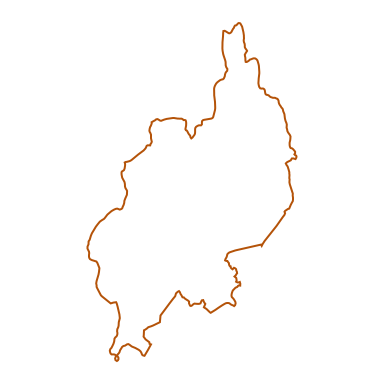 Rabai, Coast, Kenya (Equal Earth projection)
{"feature_id": "3690345B74333595130890", "entity_name": "Rabai", "entity_type": "district", "adm_level": 2, "iso_a3": "KEN", "parent_name": "Kenya", "parent_adm1": "Coast", "projection": "equal_earth", "projection_center": [39.614, -3.885], "detail": "fine", "context": "isolated", "style": "outline", "palette": "amber", "viewbox_px": 384, "rotation_deg": 0, "n_neighbors": 0, "source": "geoboundaries", "source_scale": "gbopen_adm2", "svg_char_len": 5992}
<svg xmlns="http://www.w3.org/2000/svg" viewBox="0 0 384 384"><path d="M189.0,303.2L190.0,305.6L190.9,306.0L192.1,305.4L193.2,304.3L194.4,303.6L196.3,303.8L198.9,303.9L200.5,303.4L201.2,301.5L201.9,300.3L203.2,300.1L203.8,301.7L204.6,303.0L205.3,303.9L203.9,307.3L206.5,309.0L209.9,312.3L210.7,312.8L215.4,309.9L218.4,307.8L221.9,305.5L224.7,303.8L226.0,303.2L227.0,303.0L228.2,303.0L229.5,303.3L230.6,304.3L232.2,305.1L233.3,305.5L234.1,306.1L235.1,305.2L235.6,303.4L235.4,302.0L234.6,300.5L233.5,298.8L231.8,297.0L231.5,295.8L231.6,294.3L232.0,292.6L232.8,290.5L235.5,287.7L237.3,286.9L237.9,286.0L238.9,285.4L240.2,285.6L240.3,283.7L239.8,282.0L238.9,282.4L237.4,282.4L236.1,281.7L236.6,280.5L236.5,279.3L236.2,277.9L234.5,276.5L235.8,275.2L236.4,274.1L237.1,273.3L236.9,271.8L236.3,270.6L236.1,269.2L235.3,268.4L234.0,267.8L232.6,269.3L231.6,268.6L230.7,267.6L230.6,266.3L229.7,266.0L229.1,264.8L228.9,263.1L228.2,262.3L227.4,261.0L226.2,260.9L225.1,260.4L225.4,259.2L226.5,257.3L227.0,255.8L227.3,254.3L228.2,253.3L229.1,252.6L230.0,252.2L235.1,250.5L236.7,250.1L261.0,244.6L261.7,245.9L262.6,244.1L264.6,241.0L276.5,226.0L282.9,216.9L284.4,215.0L285.1,213.2L284.5,211.8L285.1,210.9L287.9,209.0L289.2,208.6L290.7,205.0L291.6,203.2L292.8,201.1L293.0,199.5L293.0,197.7L292.7,195.5L292.8,193.6L289.8,184.3L289.4,182.3L289.6,179.3L289.3,178.1L289.5,175.0L289.3,173.5L289.3,172.1L288.5,169.2L287.6,166.4L286.6,165.1L285.8,163.4L287.2,162.1L290.8,160.3L291.8,158.5L293.2,158.4L295.5,159.1L296.2,157.9L296.5,156.8L296.2,155.6L295.2,155.2L294.4,154.3L295.1,153.3L295.1,151.6L293.1,149.2L292.1,148.4L290.6,148.0L290.0,146.9L289.7,145.7L289.6,144.1L289.6,142.7L290.2,140.2L290.4,138.3L290.5,136.4L289.9,135.0L288.1,132.5L287.4,131.1L287.1,129.3L286.6,127.7L286.8,124.5L286.3,122.7L285.6,121.1L285.2,119.6L284.9,118.3L284.4,114.1L283.2,111.2L283.0,110.0L282.5,108.6L281.4,107.5L280.7,106.2L279.9,105.2L279.1,103.7L278.7,102.3L278.6,101.0L278.2,99.9L277.4,98.8L276.5,98.6L275.7,98.1L274.9,97.8L272.9,97.8L270.5,97.0L269.7,96.4L268.7,95.4L267.4,94.9L266.5,94.8L265.7,94.3L265.2,93.0L264.8,90.3L264.3,89.3L263.3,88.6L262.4,88.5L261.4,88.6L260.2,88.3L259.2,86.9L258.7,85.0L258.4,83.2L258.7,78.4L259.3,73.5L259.3,71.9L258.9,65.9L258.6,64.4L257.8,61.6L257.4,60.4L256.6,59.4L255.4,58.5L254.0,58.3L253.0,58.5L251.0,59.3L249.9,59.6L248.7,60.8L247.6,61.5L246.7,62.0L245.7,61.9L245.4,60.3L245.4,58.7L245.3,57.4L245.0,56.2L244.8,54.7L245.6,53.2L247.1,50.9L246.4,49.7L245.4,48.4L244.8,47.1L244.8,45.2L244.6,43.7L244.0,42.3L243.7,40.8L243.8,39.5L244.0,38.3L243.9,37.0L243.9,35.5L243.4,32.1L242.1,26.6L240.3,23.4L238.9,23.0L237.9,23.5L237.2,24.4L236.3,25.3L235.1,25.5L234.4,26.4L233.9,27.8L232.9,29.1L231.4,32.0L230.6,32.8L229.6,33.3L228.7,33.2L225.8,31.4L224.7,30.8L223.4,31.0L223.2,32.7L223.0,36.5L222.5,42.2L222.4,48.5L222.6,50.8L223.2,54.1L223.7,55.8L225.2,60.3L225.6,62.0L225.7,65.4L226.3,67.3L227.4,69.0L227.2,70.8L226.1,72.0L225.5,73.0L225.0,74.6L224.8,76.2L224.3,77.4L223.8,78.5L222.9,79.3L221.5,79.6L220.2,80.1L218.3,81.5L217.3,82.3L216.2,83.5L215.5,84.7L214.8,86.1L214.3,87.6L214.1,88.8L214.2,93.9L214.2,95.3L215.0,101.9L215.2,107.0L215.2,108.4L215.0,110.0L213.2,117.0L212.5,118.0L211.6,118.5L210.7,118.7L204.2,119.8L203.1,120.1L202.0,121.2L201.9,122.7L201.9,124.4L201.1,125.3L198.9,125.3L197.5,125.9L196.1,126.8L195.3,128.0L195.1,129.2L195.1,132.2L195.0,133.4L194.6,134.6L192.5,137.5L191.3,138.4L190.5,137.3L190.1,135.5L189.0,134.4L188.0,132.7L187.4,131.4L186.7,130.5L185.9,130.2L185.4,129.1L186.1,125.6L186.2,123.1L186.1,121.9L185.7,120.4L184.9,120.0L183.6,120.1L182.8,119.3L181.7,118.7L177.7,118.6L174.0,118.0L172.9,118.0L166.7,118.9L164.2,119.6L161.1,120.8L160.1,120.6L159.0,119.9L157.6,119.1L156.2,119.3L155.2,120.2L151.6,122.2L151.7,123.5L151.3,124.6L150.8,125.9L150.1,127.1L149.7,128.6L149.4,130.5L149.6,131.7L150.3,132.9L151.0,134.7L151.0,138.3L151.8,141.8L151.2,143.2L150.5,144.1L150.2,145.4L147.7,145.3L146.7,145.8L146.1,147.2L145.5,148.4L143.7,150.4L138.1,154.6L131.7,159.9L130.5,160.7L129.3,161.2L127.0,161.8L125.6,162.0L124.7,162.5L125.1,163.7L125.1,165.4L124.6,168.6L123.9,170.2L121.8,171.6L121.5,172.8L121.6,174.7L122.2,177.7L124.5,182.0L124.9,184.0L125.0,186.6L125.6,188.4L126.5,189.7L127.1,191.0L127.0,193.1L126.9,194.8L125.3,198.4L124.4,200.8L124.2,203.0L123.6,205.0L122.8,206.6L122.3,208.1L121.6,208.9L119.8,209.6L117.5,208.7L116.7,208.7L115.7,208.9L113.9,209.7L111.5,211.1L109.6,212.7L107.4,214.6L104.8,218.0L104.0,218.9L101.7,220.3L99.8,221.7L97.6,224.4L95.8,226.8L91.9,233.3L90.9,235.7L89.7,239.7L88.6,241.4L88.5,244.4L88.0,245.4L87.5,246.7L87.5,248.6L89.0,251.7L89.2,253.1L89.0,255.0L89.0,256.9L89.4,258.2L90.0,259.1L90.9,259.6L91.9,260.1L96.4,261.5L97.4,263.0L99.4,268.1L99.0,271.9L98.5,274.6L96.6,281.0L96.2,283.4L96.6,285.4L96.6,286.9L97.3,288.4L100.9,295.3L102.0,296.4L110.7,303.4L113.3,302.6L116.1,302.2L116.7,303.4L117.6,306.6L119.4,314.4L119.7,317.0L119.8,318.2L119.5,319.5L118.8,322.1L118.6,325.7L118.2,327.3L117.3,329.2L117.1,331.3L117.4,332.8L117.4,334.0L117.0,335.5L116.4,336.5L115.4,337.3L114.5,338.6L114.2,341.4L113.5,343.7L112.6,345.6L111.5,347.8L110.3,349.1L109.8,350.7L110.1,352.2L110.6,353.5L111.5,354.4L113.9,354.4L115.0,354.7L116.0,355.4L115.7,356.9L115.1,358.4L115.5,360.1L116.9,361.0L118.0,360.2L118.5,359.1L118.4,357.6L117.0,355.4L117.7,354.4L118.7,353.4L119.5,352.2L119.9,350.8L120.4,349.7L121.3,348.4L122.0,347.1L123.4,346.0L124.9,345.7L125.9,345.1L127.1,344.3L128.4,344.1L129.6,344.8L131.0,345.9L132.0,346.6L135.2,347.9L138.7,349.8L139.5,350.4L140.5,351.3L141.3,352.6L141.7,353.7L142.2,354.8L143.2,355.5L144.5,355.8L148.0,349.9L151.0,344.4L149.6,343.9L149.3,342.2L145.6,339.4L143.6,336.7L143.8,334.8L144.0,330.3L145.3,329.6L146.9,328.5L148.3,327.2L151.1,326.3L153.1,325.5L159.9,322.2L160.5,315.5L164.1,310.7L169.3,303.7L172.9,299.0L175.2,296.2L176.0,293.4L177.7,291.8L179.0,291.1L179.9,292.2L180.5,293.9L181.4,295.2L182.5,297.3L183.8,297.4L184.6,298.3L185.5,299.0L188.2,300.7L189.1,301.6L189.0,303.2Z" fill="none" stroke="#b45309" stroke-width="2"/></svg>